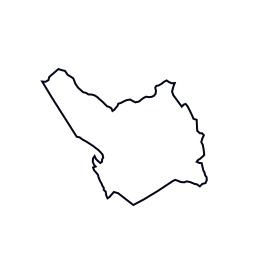 Rio do Oeste, Santa Catarina, Brazil (Albers equal-area conic projection), rotated 314°
{"feature_id": "56859067B83214012071559", "entity_name": "Rio do Oeste", "entity_type": "district", "adm_level": 2, "iso_a3": "BRA", "parent_name": "Brazil", "parent_adm1": "Santa Catarina", "projection": "albers", "projection_center": [-49.834, -27.144], "detail": "fine", "context": "isolated", "style": "outline", "palette": "ink", "viewbox_px": 256, "rotation_deg": 314, "n_neighbors": 0, "source": "geoboundaries", "source_scale": "gbopen_adm2", "svg_char_len": 1917}
<svg xmlns="http://www.w3.org/2000/svg" viewBox="0 0 256 256"><g transform="rotate(314 128 128)"><path d="M101.8,34.0L96.9,52.5L86.1,97.1L87.7,99.8L88.1,103.3L88.7,105.3L89.4,108.0L90.2,112.1L90.9,115.8L91.2,119.2L91.6,121.8L91.5,125.1L91.2,128.2L89.5,130.7L87.6,131.1L85.6,132.7L83.6,132.4L83.4,129.4L83.4,126.5L84.6,123.5L81.7,124.0L79.2,126.2L77.9,129.2L77.8,131.5L75.4,130.3L74.1,132.7L73.8,136.0L73.4,139.1L72.2,140.8L71.3,142.8L70.4,144.9L69.7,147.5L68.6,149.9L68.1,152.2L66.6,153.6L66.7,156.2L64.5,159.0L63.2,162.1L65.3,162.6L72.1,162.3L74.2,166.0L76.3,185.3L87.6,189.0L100.5,192.4L103.0,193.1L121.1,197.1L123.4,198.0L124.7,200.5L125.8,203.5L128.0,206.2L130.4,207.3L132.4,210.5L134.0,214.7L135.3,216.6L135.9,220.2L139.4,220.3L142.2,222.0L145.2,220.9L147.2,218.7L147.6,216.3L149.1,214.0L149.7,211.9L151.4,209.2L153.9,205.4L152.4,203.6L151.4,200.9L153.6,200.6L156.2,201.3L159.0,201.5L161.5,201.6L163.5,199.3L165.6,196.6L167.7,193.7L168.8,190.5L172.0,188.8L175.5,187.6L175.7,185.0L174.2,183.4L174.0,179.9L176.2,177.4L181.6,171.7L180.1,168.7L181.1,166.5L182.1,163.9L183.2,161.0L184.3,157.8L185.0,155.7L185.3,152.7L183.5,151.8L180.7,151.9L183.1,137.7L184.8,134.4L186.9,133.2L189.3,131.9L192.8,130.4L190.5,128.3L189.5,125.5L189.0,122.7L186.1,121.8L182.9,121.4L179.7,120.4L177.9,119.1L175.9,119.6L174.0,122.5L171.8,124.0L169.4,124.3L167.0,123.5L164.7,121.6L163.0,119.2L160.3,118.3L157.3,117.8L154.9,117.6L151.7,115.6L150.7,112.7L150.0,109.8L147.0,107.6L144.2,106.5L140.9,105.4L138.7,104.1L136.7,105.1L134.2,105.2L131.5,105.5L129.5,105.0L130.6,102.4L130.2,100.2L129.1,97.9L129.1,95.3L129.2,91.9L129.1,89.5L128.9,86.9L128.9,84.5L128.3,81.4L126.8,78.6L124.6,76.1L124.1,73.4L122.5,70.7L122.5,67.9L122.3,64.6L122.8,61.5L123.5,58.8L124.7,56.5L125.7,54.1L125.1,50.8L124.3,47.6L124.8,45.5L125.3,43.0L123.8,40.5L122.0,37.0L110.0,35.9L107.2,37.5L104.0,36.6L101.8,34.0Z" fill="none" stroke="#020617" stroke-width="2"/></g></svg>